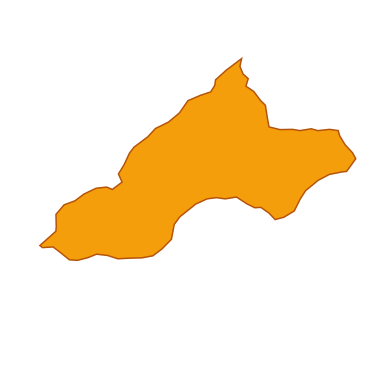 Högsby, Kalmar, Sweden (Equal Earth projection), rotated 323°
{"feature_id": "70781695B22116404340246", "entity_name": "Högsby", "entity_type": "district", "adm_level": 2, "iso_a3": "SWE", "parent_name": "Sweden", "parent_adm1": "Kalmar", "projection": "equal_earth", "projection_center": [15.953, 57.139], "detail": "fine", "context": "isolated", "style": "filled", "palette": "amber", "viewbox_px": 384, "rotation_deg": 323, "n_neighbors": 0, "source": "geoboundaries", "source_scale": "gbopen_adm2", "svg_char_len": 1151}
<svg xmlns="http://www.w3.org/2000/svg" viewBox="0 0 384 384"><g transform="rotate(323 192 192)"><path d="M327.9,268.6L342.8,264.0L343.8,257.2L342.7,246.4L343.7,236.3L345.7,230.9L339.6,224.8L329.4,218.7L325.3,213.3L315.1,207.9L310.0,202.5L299.8,195.1L292.7,186.4L296.7,178.3L302.8,166.9L301.8,160.2L301.8,148.7L298.7,140.0L305.1,135.3L303.8,128.6L305.8,120.6L311.9,115.3L292.6,115.3L278.3,116.6L274.3,120.6L267.2,123.3L257.0,119.9L254.6,119.3L243.8,116.6L229.5,121.3L215.3,122.0L201.1,119.3L189.9,121.3L172.6,121.3L165.5,123.3L154.3,129.3L144.1,133.3L142.1,142.0L129.9,142.0L126.8,136.7L117.7,131.3L104.5,128.6L93.3,128.6L82.1,125.3L69.9,128.0L62.7,138.0L59.7,141.4L38.3,143.2L38.3,143.3L39.1,146.4L48.0,152.3L50.6,161.7L53.3,172.4L59.5,177.7L69.4,181.8L78.3,184.2L86.4,191.9L92.6,200.7L101.5,206.7L112.3,214.4L122.3,219.4L133.8,219.4L147.1,217.4L158.3,207.2L167.4,204.5L187.8,203.9L200.0,206.6L208.2,211.3L214.3,217.4L224.5,222.8L228.6,234.2L232.6,242.3L237.7,245.7L240.8,255.2L241.8,264.0L250.0,267.4L262.2,268.7L274.5,262.6L283.6,259.3L299.9,258.6L312.2,260.6L323.4,266.0L327.9,268.6Z" fill="#f59e0b" stroke="#b45309" stroke-width="1.5"/></g></svg>